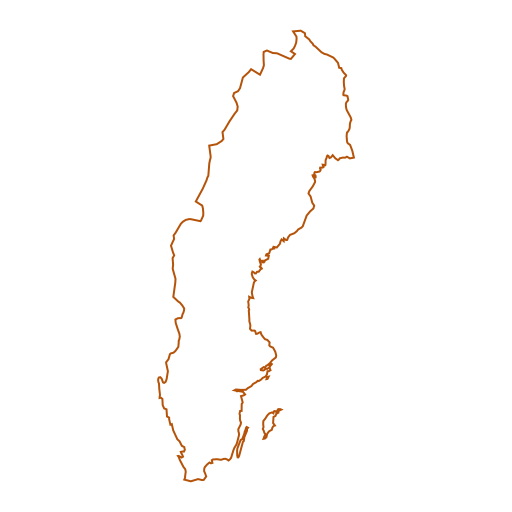 SVG path tracing the border of Sweden
{"feature_id": "SWE", "entity_name": "Sweden", "entity_type": "country or territory", "adm_level": 0, "iso_a3": "SWE", "parent_name": "Europe", "parent_adm1": "", "projection": "mercator", "projection_center": [17.555, 62.192], "detail": "fine", "context": "isolated", "style": "outline", "palette": "amber", "viewbox_px": 512, "rotation_deg": 0, "n_neighbors": 0, "source": "natural_earth", "source_scale": "50m", "svg_char_len": 6074}
<svg xmlns="http://www.w3.org/2000/svg" viewBox="0 0 512 512"><path d="M161.7,378.7L163.0,382.4L164.1,382.9L165.6,381.9L166.6,379.2L167.9,371.2L166.2,363.4L166.1,362.3L168.5,359.2L169.9,354.2L170.8,353.4L173.5,352.7L175.3,351.1L178.3,346.9L178.7,342.9L178.7,340.9L179.3,339.4L179.8,336.4L179.3,333.5L177.7,329.1L175.7,322.9L175.4,319.5L178.0,318.2L181.2,318.1L181.6,317.7L182.6,314.1L183.4,312.6L184.0,310.5L184.2,308.5L182.4,305.6L179.9,302.6L178.3,301.6L173.3,296.9L175.3,282.6L175.5,278.8L172.7,268.8L173.1,264.6L172.6,258.1L174.2,255.4L173.0,252.4L171.0,245.7L174.1,238.9L173.6,235.4L175.5,232.9L180.9,223.7L182.9,221.7L185.8,219.9L189.1,219.1L190.5,219.1L200.5,221.2L201.1,220.3L203.2,215.7L203.3,212.7L202.9,208.3L202.2,205.6L195.8,201.5L202.8,188.6L206.4,180.6L207.5,177.2L208.3,175.9L209.3,163.4L210.0,159.9L210.6,158.0L210.6,156.1L209.2,145.6L216.7,144.2L221.7,141.0L223.4,139.0L222.5,132.1L224.5,129.8L229.4,121.5L234.7,113.6L237.2,110.5L237.7,106.7L236.6,102.9L233.1,96.1L234.1,93.0L238.0,91.2L240.0,88.2L242.9,77.5L248.8,72.1L251.1,69.2L260.0,74.7L263.1,68.0L263.9,65.2L263.6,60.5L263.5,54.4L263.7,51.9L266.9,50.5L272.8,53.0L277.1,53.3L289.4,58.7L290.9,58.9L295.0,54.0L290.9,51.3L293.6,48.6L295.0,45.9L296.2,42.5L296.6,38.6L296.4,36.5L293.1,31.4L300.7,30.7L304.8,33.1L305.0,33.6L305.2,36.2L309.2,39.4L310.3,41.2L312.8,43.8L313.4,45.2L315.7,46.8L321.4,52.2L324.4,53.9L326.9,54.5L333.2,57.5L334.3,58.5L338.0,62.9L339.2,67.8L341.3,68.1L341.8,69.8L343.6,72.6L346.1,75.2L346.0,76.0L344.0,78.3L343.8,81.5L344.0,85.5L344.6,88.7L344.6,89.6L343.5,92.5L343.3,94.8L343.5,95.2L346.4,95.6L347.5,96.2L348.2,99.9L347.9,100.6L346.4,102.3L345.9,103.6L345.9,105.6L346.1,107.7L346.7,110.0L350.7,117.4L351.4,119.9L350.6,121.3L349.9,123.9L349.8,126.9L349.5,128.8L348.1,131.5L347.0,132.5L346.8,133.9L346.6,136.2L347.0,141.0L347.3,142.4L347.8,143.3L350.1,144.9L352.3,150.8L353.9,157.6L349.9,158.4L346.9,156.7L345.4,157.6L342.8,157.6L339.8,158.3L338.8,159.6L338.0,160.2L335.3,158.3L332.7,155.2L330.8,157.5L329.5,158.0L328.4,155.9L327.5,155.5L327.0,156.2L326.5,158.1L325.8,159.6L325.6,160.5L325.5,164.3L325.3,165.2L322.7,164.7L322.9,165.7L323.4,166.2L323.7,166.8L322.7,167.6L320.2,167.6L320.0,168.4L320.7,169.8L320.1,171.0L319.6,171.5L316.6,172.2L314.9,172.1L314.4,172.8L314.3,173.9L314.6,174.8L315.4,175.4L315.6,176.0L315.6,177.4L314.9,177.6L313.1,175.2L312.6,175.3L313.0,176.6L314.0,177.9L314.6,179.3L315.1,181.0L315.0,182.2L312.8,186.3L309.3,191.1L308.5,193.5L310.6,196.5L312.3,202.8L314.2,205.6L313.4,208.5L310.2,211.3L306.7,215.5L302.8,226.2L301.5,227.6L298.2,229.4L296.9,231.1L294.4,233.2L290.0,234.9L288.1,237.4L287.2,239.9L286.2,240.1L283.9,238.4L283.7,241.2L281.6,239.4L280.6,241.1L279.9,243.8L276.8,247.5L273.5,246.8L273.2,247.5L274.0,247.9L274.2,248.5L272.7,248.8L271.3,249.5L270.4,249.5L269.2,253.3L266.4,254.3L266.0,255.5L268.8,255.8L268.2,258.8L265.0,260.4L264.5,261.6L263.8,262.4L262.4,262.3L262.7,260.8L260.5,260.9L259.8,259.1L259.4,259.6L259.7,261.0L260.9,264.6L260.4,266.0L259.8,266.6L260.2,267.2L261.3,267.7L261.8,268.6L260.5,269.3L258.8,271.7L257.0,271.8L255.9,273.4L254.8,273.4L253.9,272.4L252.4,271.6L251.9,273.0L251.8,274.2L252.7,277.2L254.3,279.5L255.7,280.5L254.7,281.2L253.9,282.6L251.8,292.3L252.5,296.3L253.2,298.1L251.2,297.8L249.2,296.8L249.4,298.9L248.2,301.5L248.7,305.2L248.3,307.6L248.9,308.4L249.2,309.8L248.7,310.9L248.9,311.8L249.4,320.0L249.3,321.0L250.4,325.4L250.0,328.8L251.6,330.6L254.6,330.6L255.1,331.0L256.1,333.9L257.4,333.7L259.3,332.5L260.6,332.2L261.4,334.6L263.7,337.7L265.0,339.2L267.3,339.9L269.6,342.4L269.3,345.5L270.3,346.5L273.1,347.7L275.3,351.8L276.2,355.3L275.9,357.4L272.1,360.4L269.9,363.1L267.3,365.3L266.3,365.7L265.4,366.9L264.5,367.4L263.7,367.1L260.7,369.2L260.9,370.1L263.2,370.5L264.4,370.0L265.3,369.0L266.3,368.7L267.2,368.9L268.9,367.8L269.7,368.2L270.5,370.2L268.8,371.2L267.5,371.2L266.9,374.5L265.5,376.6L262.7,377.9L260.9,379.7L258.7,381.1L257.7,380.8L256.3,382.2L253.1,383.9L251.4,386.1L247.7,388.2L245.9,389.8L240.8,389.9L235.9,389.5L234.4,390.3L235.9,390.6L237.0,391.3L238.3,391.0L243.0,391.8L245.1,394.5L243.6,395.4L241.0,396.1L242.7,402.5L241.7,404.0L241.6,410.9L240.1,411.0L239.5,413.9L240.0,415.3L239.9,418.7L240.2,420.7L241.0,422.6L240.6,424.6L238.3,429.2L238.4,431.4L238.8,432.6L239.1,434.7L237.3,441.8L236.4,444.6L234.4,447.8L233.4,450.3L231.1,457.8L230.0,459.3L228.5,460.5L227.0,459.4L225.5,458.8L223.8,458.9L221.0,459.8L216.9,459.2L212.8,459.5L211.8,460.2L212.4,462.9L210.9,463.3L209.5,462.5L207.1,464.5L205.0,466.9L204.3,468.3L204.1,471.1L205.2,473.6L206.2,476.5L203.7,479.9L202.3,480.1L198.1,479.1L190.8,481.3L184.3,479.6L185.1,477.7L185.1,476.3L185.7,472.0L185.6,470.6L185.1,469.0L183.5,467.0L179.9,460.1L178.8,457.2L178.0,456.0L178.6,455.9L181.6,457.5L183.0,456.7L182.1,454.5L181.4,453.4L180.8,451.9L182.6,451.5L183.9,451.6L184.8,449.9L184.3,447.1L181.8,445.8L179.6,441.4L177.3,439.2L173.2,430.3L171.8,424.1L170.4,424.7L169.2,419.5L169.1,417.6L167.0,416.5L166.5,409.3L164.2,408.5L162.7,405.2L162.4,398.9L160.9,397.7L159.6,398.0L159.7,396.4L160.0,395.0L159.3,389.1L159.0,383.7L158.4,382.0L158.1,380.1L158.4,378.4L158.9,377.5L160.3,377.2L161.7,378.7ZM277.4,413.2L276.2,413.9L275.5,415.9L273.5,416.9L273.1,423.1L274.9,425.5L273.9,425.8L273.1,426.5L272.4,427.6L271.8,429.8L269.4,431.1L268.4,432.1L267.1,434.1L266.4,437.2L265.0,438.5L263.5,438.8L264.4,436.3L265.5,434.3L264.4,432.9L263.7,430.7L262.8,429.0L263.5,427.2L263.2,424.1L263.3,421.1L265.5,418.3L267.3,415.4L269.3,413.4L272.1,412.4L273.4,413.3L273.9,411.4L274.8,411.0L275.6,411.4L277.4,413.2ZM239.1,456.0L238.3,457.4L237.6,457.3L237.2,455.4L237.1,450.7L237.4,448.4L240.6,440.0L242.1,439.3L244.2,434.1L244.7,431.7L245.6,429.6L246.1,427.8L246.6,427.0L248.0,427.7L247.0,428.8L247.0,430.8L244.4,437.0L243.8,441.0L242.9,441.9L239.1,456.0ZM278.6,410.8L278.4,412.5L277.6,412.4L276.9,411.1L278.3,409.1L280.5,409.2L281.3,409.6L278.6,410.8ZM270.2,365.9L269.8,366.9L269.5,365.7L269.9,364.3L270.6,363.6L271.8,364.0L271.8,364.3L270.2,365.9ZM267.5,378.9L266.5,379.1L267.2,377.1L268.6,376.7L267.5,378.9Z" fill="none" stroke="#b45309" stroke-width="2"/></svg>